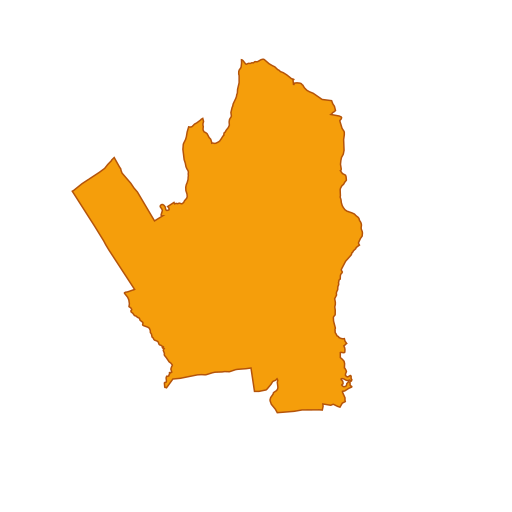 Cocorastii Mislii, Prahova, Romania, rotated 57°
{"feature_id": "2599482B78441149052193", "entity_name": "Cocorastii Mislii", "entity_type": "district", "adm_level": 2, "iso_a3": "ROU", "parent_name": "Romania", "parent_adm1": "Prahova", "projection": "natural_earth1", "projection_center": [25.918, 45.09], "detail": "fine", "context": "isolated", "style": "filled", "palette": "amber", "viewbox_px": 512, "rotation_deg": 57, "n_neighbors": 0, "source": "geoboundaries", "source_scale": "gbopen_adm2", "svg_char_len": 6142}
<svg xmlns="http://www.w3.org/2000/svg" viewBox="0 0 512 512"><g transform="rotate(57 256 256)"><path d="M317.8,402.8L313.9,392.7L317.3,386.2L323.8,369.8L325.8,366.3L328.0,363.3L328.5,362.2L330.1,356.4L331.1,353.7L334.8,347.5L335.8,345.3L338.6,341.3L340.2,335.0L341.0,333.2L345.1,325.7L347.2,321.2L368.7,331.0L371.1,327.4L373.8,320.5L373.6,319.1L371.7,313.1L370.5,310.7L370.4,309.6L370.9,307.2L370.4,305.2L371.0,305.2L372.2,305.5L373.6,307.0L378.0,309.1L379.2,310.2L379.9,311.6L380.1,312.8L380.1,315.0L380.3,316.0L381.1,316.8L382.7,320.8L384.3,322.6L385.3,323.1L388.7,323.9L395.1,323.2L399.0,323.5L407.0,308.7L410.2,301.2L419.5,286.7L421.3,284.3L418.7,281.7L416.5,280.5L421.9,274.6L422.3,272.3L422.6,271.8L426.5,269.5L428.5,267.9L426.4,263.8L426.7,260.4L425.4,259.9L423.4,258.6L417.6,257.7L416.6,257.2L416.8,256.4L417.2,256.0L417.5,254.9L417.5,250.3L418.0,247.4L417.9,246.9L417.4,246.8L415.9,247.5L415.4,247.3L413.4,246.1L412.3,246.4L412.1,246.7L412.0,247.5L412.5,249.4L413.2,250.0L414.0,250.9L414.0,252.5L413.3,253.7L412.5,254.1L411.0,254.4L410.6,253.9L410.7,252.9L410.2,252.3L408.3,251.5L406.1,251.9L405.5,251.6L405.4,251.2L405.9,250.3L406.9,249.3L409.4,248.0L410.6,246.7L410.8,246.3L410.8,245.4L411.1,245.0L412.7,244.7L412.8,244.1L412.0,243.0L410.5,242.9L408.6,241.7L407.8,241.8L407.5,242.1L407.5,243.4L407.3,245.1L406.4,245.7L404.8,246.0L403.6,245.1L402.2,243.1L400.6,242.7L398.6,242.6L398.0,242.8L394.5,240.3L392.3,239.5L389.8,239.8L387.1,240.6L382.9,237.9L383.0,237.3L384.7,235.4L385.1,234.6L385.0,233.9L383.0,232.4L381.5,231.7L379.2,231.3L379.2,230.0L378.8,229.2L378.8,227.6L375.8,227.7L373.4,226.9L372.8,228.2L371.2,229.8L369.4,230.9L368.7,230.7L366.8,231.6L365.6,231.3L363.7,231.3L362.9,231.1L361.8,230.3L360.9,230.0L359.7,228.7L352.8,226.4L349.7,224.6L349.1,223.8L348.6,222.0L348.1,221.4L344.5,219.0L341.6,217.7L339.9,215.9L338.1,214.7L334.7,213.3L332.6,209.7L331.3,209.1L330.1,208.1L328.7,205.8L326.3,204.1L325.3,202.6L324.6,201.9L323.2,201.3L322.9,200.8L321.6,199.7L321.2,198.8L321.2,197.9L318.5,196.0L317.5,194.9L317.0,193.1L316.4,192.3L314.5,192.2L313.7,191.7L309.2,183.7L306.9,175.4L305.5,173.7L305.5,172.9L304.7,171.4L304.2,168.4L303.5,167.4L303.3,165.6L303.2,163.3L301.5,163.2L300.6,162.7L298.2,158.9L297.1,156.1L294.7,154.2L293.4,153.6L290.6,153.0L289.4,152.3L287.9,151.0L286.7,150.3L284.9,149.8L282.5,149.8L280.6,149.2L279.1,149.3L276.6,150.2L274.4,150.6L272.0,152.1L269.6,154.0L268.7,154.6L268.3,155.1L265.7,156.2L262.9,156.4L260.6,156.2L257.8,155.4L254.9,154.0L252.3,153.3L251.6,152.5L246.2,149.3L245.1,148.1L243.8,145.5L243.6,143.6L242.5,141.5L241.7,139.0L241.3,138.7L238.6,137.3L237.0,136.9L233.9,138.6L230.4,138.8L230.4,138.1L229.6,137.2L225.1,135.2L222.1,132.8L219.9,130.6L218.3,127.6L217.8,127.0L215.3,124.6L206.1,119.1L202.4,115.9L200.2,114.5L199.2,114.3L195.8,114.3L188.2,112.1L188.0,111.8L187.5,110.0L186.7,108.9L185.8,108.8L183.9,110.0L178.1,116.1L178.0,115.0L177.5,113.6L177.6,112.1L177.3,110.1L173.2,108.7L170.1,108.7L166.9,108.0L160.7,115.3L150.7,119.4L147.4,121.7L144.7,123.1L141.3,123.8L138.1,123.7L137.3,124.1L136.5,124.1L135.7,124.4L134.7,125.3L133.1,127.3L132.0,129.4L132.8,130.8L132.5,131.1L128.9,129.3L128.1,129.1L128.2,128.7L128.6,128.4L128.6,128.2L128.3,128.2L126.5,129.7L121.0,131.5L117.1,133.3L114.6,135.1L113.1,135.4L111.4,136.3L107.6,137.2L105.3,138.6L101.9,140.3L96.0,142.0L95.2,142.4L94.7,143.1L94.1,144.8L93.9,148.6L93.6,149.5L92.5,150.9L92.4,151.3L92.6,153.0L91.7,154.2L91.4,155.9L90.3,157.4L89.9,159.7L89.2,160.1L85.0,160.5L83.9,160.9L83.5,161.3L86.3,163.0L89.2,165.4L89.8,166.1L90.9,168.8L91.9,170.0L94.0,171.4L95.5,171.9L101.5,175.8L106.2,180.7L109.2,182.9L110.4,184.5L111.4,185.3L112.8,187.1L116.0,192.3L117.9,194.2L118.2,194.9L119.9,196.7L122.0,198.9L125.2,200.4L125.8,201.2L126.8,203.4L127.3,204.1L128.9,205.5L131.8,207.1L133.2,209.3L134.3,212.6L135.3,214.3L135.3,215.5L136.3,216.6L137.3,217.3L137.4,218.4L138.6,220.9L139.8,223.8L139.9,225.2L139.6,228.1L139.1,229.3L137.6,230.9L137.3,231.7L136.7,231.3L133.4,230.4L131.1,230.8L126.8,230.4L125.1,231.0L123.7,231.9L121.8,231.8L120.7,231.3L118.7,229.7L117.5,229.3L116.1,228.4L114.6,226.7L111.6,225.7L111.5,227.5L111.8,228.6L112.1,233.4L111.9,235.7L112.6,238.8L112.6,239.6L111.9,241.2L111.0,242.1L114.5,246.2L118.1,249.5L119.9,251.6L122.2,255.5L122.8,256.2L126.7,259.2L136.1,263.8L139.5,264.7L143.0,266.1L145.3,266.5L147.3,266.5L148.8,267.0L150.3,268.2L151.7,268.9L153.1,270.1L154.7,271.2L157.0,273.8L158.2,275.6L160.1,277.5L163.0,279.2L166.4,280.1L168.7,281.3L169.7,282.5L170.1,283.6L170.7,285.8L171.5,287.1L171.8,288.2L171.9,289.6L171.7,290.0L170.0,291.4L169.7,292.1L169.5,293.2L168.4,294.3L167.9,295.9L166.4,295.6L166.4,303.2L167.8,302.9L169.4,303.3L169.8,303.8L169.8,304.5L169.3,305.9L168.8,306.3L167.9,306.4L165.3,305.4L163.7,305.5L162.1,306.1L161.6,306.8L161.4,307.5L161.6,308.7L162.5,309.5L165.0,309.4L166.5,309.6L167.1,310.0L169.9,313.3L170.9,313.4L171.5,312.4L171.3,322.0L137.8,320.6L132.6,321.3L126.8,321.4L113.5,323.2L110.4,322.5L109.4,322.0L106.6,322.0L96.2,321.3L96.9,324.8L97.3,325.3L98.5,330.5L100.1,335.2L100.5,341.8L100.6,362.5L101.7,373.1L101.6,374.8L143.2,375.1L160.5,375.5L164.8,375.9L171.1,376.1L217.9,376.0L216.1,383.4L215.3,385.2L215.2,386.3L215.6,386.6L220.7,386.1L223.6,386.6L227.1,388.2L229.3,390.1L231.2,389.3L233.0,389.3L233.4,389.5L233.9,390.8L234.9,391.2L236.9,390.5L239.7,390.4L241.1,389.3L242.9,388.8L244.4,387.8L245.3,387.8L246.7,388.2L250.0,387.1L250.9,387.5L251.7,388.4L252.4,388.6L253.2,388.2L256.8,385.5L258.5,384.8L260.8,385.2L262.7,386.3L264.5,386.2L267.4,387.3L268.7,386.9L270.4,387.1L271.3,386.9L273.0,385.6L274.2,385.0L275.1,384.9L277.2,385.4L277.9,385.3L279.7,384.0L281.2,383.9L281.6,383.1L281.8,383.1L282.2,383.6L282.1,384.4L282.6,384.3L283.6,383.4L284.4,385.0L284.7,385.2L287.7,385.8L288.5,386.5L289.5,386.9L292.3,386.6L297.5,386.5L299.2,385.8L301.5,385.5L302.0,385.6L303.2,387.5L304.5,389.0L307.5,389.9L307.5,391.5L306.8,391.6L306.7,392.1L308.1,393.0L308.4,393.9L309.0,394.3L308.9,395.5L308.2,396.2L308.5,396.9L309.3,397.8L312.1,399.2L312.6,399.7L312.9,400.3L312.4,401.3L312.6,402.0L316.3,404.0L316.7,403.9L317.4,403.0L317.8,402.8Z" fill="#f59e0b" stroke="#b45309" stroke-width="1.5"/></g></svg>